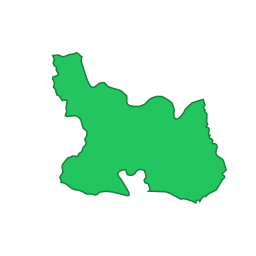 the Unitary District of Aberdeenshire, rotated 72°
{"feature_id": "GBR-2013", "entity_name": "Aberdeenshire", "entity_type": "Unitary District", "adm_level": 1, "iso_a3": "GBR", "parent_name": "United Kingdom", "parent_adm1": "", "projection": "mercator", "projection_center": [-2.632, 57.223], "detail": "fine", "context": "isolated", "style": "filled", "palette": "green", "viewbox_px": 256, "rotation_deg": 72, "n_neighbors": 0, "source": "natural_earth", "source_scale": "10m", "svg_char_len": 2954}
<svg xmlns="http://www.w3.org/2000/svg" viewBox="0 0 256 256"><g transform="rotate(72 128 128)"><path d="M124.1,47.7L129.8,47.7L130.4,48.1L131.3,49.7L132.2,50.1L133.3,49.8L134.0,49.2L134.7,49.1L135.7,50.1L138.8,48.6L146.5,51.3L149.4,51.2L150.8,53.5L151.5,53.2L152.2,51.9L153.3,51.2L155.0,51.4L159.2,53.6L159.9,52.3L160.6,52.5L161.4,53.3L162.4,53.6L163.4,53.0L165.0,51.5L165.8,51.2L167.6,52.3L168.6,52.6L169.1,51.7L169.4,50.8L170.1,49.9L170.9,49.2L171.7,48.9L173.6,49.2L177.6,51.7L179.4,52.3L181.8,51.8L187.2,47.7L188.6,47.3L198.6,47.7L198.7,48.3L199.3,49.8L200.0,51.4L200.8,52.3L201.9,52.5L203.4,51.1L204.5,51.2L205.2,51.9L206.2,54.1L213.9,62.8L214.7,65.7L215.0,68.8L215.5,71.8L216.9,74.5L216.9,75.5L216.5,77.6L217.5,79.5L220.1,82.4L218.8,82.6L218.2,83.8L218.2,85.3L219.1,86.0L220.2,86.4L219.6,87.5L217.5,89.3L213.8,94.4L212.2,97.4L212.0,99.7L202.6,108.7L200.2,112.3L194.4,127.9L194.0,126.6L193.8,126.4L192.2,125.9L190.2,125.9L189.2,125.9L187.9,125.9L187.0,126.4L186.1,127.7L185.1,128.8L183.9,128.8L182.6,128.8L181.2,127.0L179.7,125.6L177.6,125.5L174.2,125.6L172.7,126.4L171.8,128.0L171.3,129.1L171.0,130.7L171.4,133.1L172.6,134.3L173.6,135.8L174.2,138.3L173.5,140.9L172.2,143.0L169.4,143.1L167.2,143.1L166.6,144.3L166.3,146.4L166.5,149.1L167.0,151.0L168.2,151.9L169.5,151.9L171.7,151.8L174.2,150.6L176.8,150.0L179.9,149.2L182.5,148.6L186.5,147.7L189.0,147.2L191.7,147.4L192.3,148.2L192.5,148.9L192.5,149.0L184.3,162.2L181.5,168.2L180.3,174.2L180.6,175.6L181.1,176.6L181.6,177.8L181.6,179.9L181.1,180.8L179.4,183.0L179.1,183.8L178.5,186.8L177.2,188.7L174.1,191.2L171.7,194.6L169.5,198.6L168.0,200.3L163.0,203.6L161.4,204.9L159.8,206.9L159.0,208.7L158.0,207.8L156.2,207.8L153.7,208.1L150.0,203.5L144.6,202.8L142.3,201.3L137.9,194.6L138.0,192.4L137.5,189.4L139.0,186.1L139.2,184.1L137.3,182.8L136.3,179.5L132.7,176.8L131.2,173.9L129.7,172.5L125.3,172.5L123.2,170.1L119.4,168.2L117.5,168.5L114.4,170.7L105.5,170.4L102.5,171.6L100.8,173.1L99.9,174.7L98.1,182.7L96.9,183.8L93.4,181.2L90.0,180.8L83.0,177.3L82.2,177.8L81.9,181.2L81.3,182.2L76.6,183.3L74.3,185.5L72.1,185.3L68.7,185.1L66.1,186.3L62.3,183.8L58.1,184.6L57.0,184.1L56.3,183.3L56.3,178.7L54.6,177.3L51.3,178.4L47.9,177.3L45.6,178.9L43.7,179.1L42.0,178.5L40.6,176.8L35.8,177.3L37.1,171.6L39.6,168.7L40.4,167.1L40.1,161.0L40.9,155.6L40.4,154.6L41.2,152.8L46.4,149.8L48.4,151.5L51.8,152.0L57.9,152.0L64.5,152.0L69.2,152.0L73.4,151.5L76.6,150.8L78.6,149.1L78.6,146.9L77.7,144.2L77.0,142.5L76.6,141.0L76.9,138.5L77.8,136.3L80.1,135.4L82.5,134.1L84.6,131.4L86.7,128.5L88.6,125.5L90.7,122.9L94.8,120.6L96.8,119.4L99.5,119.9L101.9,120.9L103.8,121.1L105.2,121.1L107.0,119.7L109.2,116.0L110.9,111.0L110.9,107.8L110.6,104.9L109.0,101.7L107.4,98.7L106.8,95.8L106.9,90.6L108.6,85.9L113.7,81.2L117.7,78.5L121.1,78.2L125.1,78.5L128.4,80.0L132.1,80.9L134.4,79.7L134.5,77.0L133.2,74.0L130.6,70.3L127.8,67.6L123.9,59.4L123.9,53.2L124.0,49.0L124.1,47.7Z" fill="#22c55e" stroke="#15803d" stroke-width="1.5"/></g></svg>